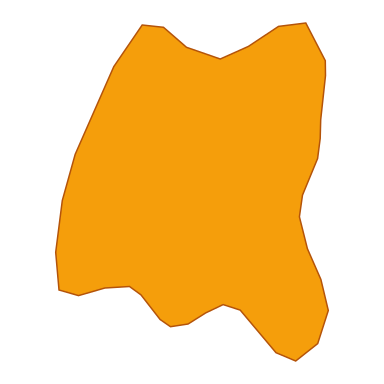 the border of Harari People
{"feature_id": "ETH-3136", "entity_name": "Harari People", "entity_type": "Administrative State", "adm_level": 1, "iso_a3": "ETH", "parent_name": "Ethiopia", "parent_adm1": "", "projection": "equal_earth", "projection_center": [42.189, 9.287], "detail": "fine", "context": "isolated", "style": "filled", "palette": "amber", "viewbox_px": 384, "rotation_deg": 0, "n_neighbors": 0, "source": "natural_earth", "source_scale": "10m", "svg_char_len": 548}
<svg xmlns="http://www.w3.org/2000/svg" viewBox="0 0 384 384"><path d="M305.8,23.0L325.3,60.7L325.5,75.6L320.7,119.8L320.2,138.4L317.6,158.5L302.5,195.1L299.4,216.8L307.4,248.7L320.9,279.5L328.3,310.5L317.7,343.6L295.7,361.0L276.0,352.7L240.2,310.1L223.1,304.6L205.7,312.9L188.1,324.0L170.5,326.7L160.1,319.5L141.0,294.9L129.5,286.5L104.9,288.0L78.5,295.6L59.0,290.0L55.7,252.3L62.3,200.5L75.2,154.3L113.8,66.6L142.2,25.0L163.5,27.3L186.5,47.3L220.2,59.0L248.4,46.4L278.5,26.4L305.8,23.0Z" fill="#f59e0b" stroke="#b45309" stroke-width="1.5"/></svg>